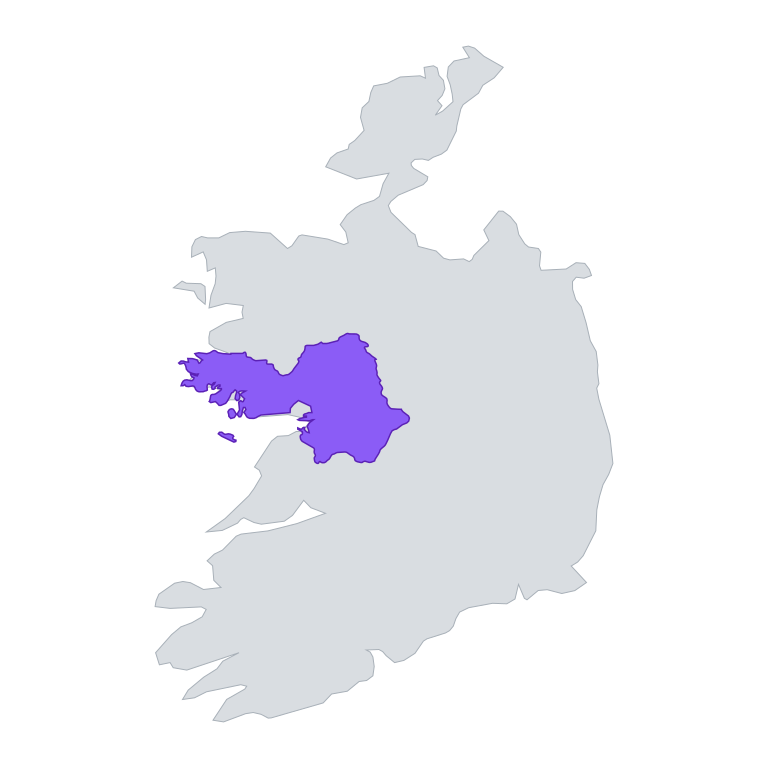 location of Galway within Ireland
{"feature_id": "IRL-713", "entity_name": "Galway", "entity_type": "County", "adm_level": 1, "iso_a3": "IRL", "parent_name": "Ireland", "parent_adm1": "", "projection": "albers", "projection_center": [-9.136, 53.343], "detail": "fine", "context": "in_parent", "style": "filled", "palette": "violet", "viewbox_px": 768, "rotation_deg": 0, "n_neighbors": 0, "source": "natural_earth", "source_scale": "10m", "svg_char_len": 9769}
<svg xmlns="http://www.w3.org/2000/svg" viewBox="0 0 768 768"><path d="M478.5,93.2L463.1,104.7L460.8,109.0L456.8,126.1L456.3,131.0L446.9,150.1L441.4,154.1L433.1,157.3L428.4,160.4L422.4,159.0L414.8,159.4L411.1,162.9L411.3,165.4L413.7,168.4L427.8,176.8L427.1,180.5L423.2,184.6L398.2,195.2L390.8,201.5L388.3,205.6L391.0,212.4L411.5,232.4L415.0,234.6L418.2,246.4L436.1,251.0L443.6,258.2L449.9,259.9L463.6,258.9L469.2,261.6L472.2,259.4L473.9,255.4L488.9,240.6L483.8,229.9L498.7,211.1L503.0,211.2L510.3,216.6L516.5,224.2L518.8,234.6L524.7,243.8L528.5,247.0L538.4,248.5L540.8,252.1L539.5,265.8L541.1,270.3L566.2,269.0L576.0,262.7L584.8,263.4L589.3,269.3L591.5,275.5L584.1,278.2L576.2,277.2L572.5,281.5L572.6,289.4L575.7,299.6L581.2,306.6L586.1,322.8L590.3,340.8L596.2,351.5L597.9,365.1L597.4,371.8L598.9,383.7L596.7,388.1L598.9,399.3L609.8,435.2L612.9,463.5L608.7,474.4L603.0,484.7L599.4,496.8L596.8,509.9L595.8,530.8L583.2,555.7L577.7,562.0L571.2,566.0L586.5,582.5L574.8,590.6L561.8,593.5L547.2,589.7L538.2,590.5L527.0,599.8L524.4,598.3L518.5,584.4L515.0,599.0L506.8,603.8L492.5,603.3L468.7,607.7L459.6,612.1L455.9,618.6L453.3,626.1L449.6,630.6L445.4,633.0L427.0,638.8L423.4,641.1L415.0,653.3L403.9,660.4L394.6,662.6L386.2,655.7L382.7,651.6L378.9,649.5L366.2,650.0L370.2,652.1L372.9,657.0L374.2,666.5L372.9,675.8L366.6,680.5L359.1,681.5L347.3,691.2L331.6,694.0L323.2,702.9L271.2,717.9L268.2,718.1L261.0,714.3L253.2,712.5L245.5,713.7L223.6,721.9L213.0,720.2L226.7,699.4L244.8,689.1L246.7,686.2L240.8,684.7L206.5,691.8L194.5,697.8L182.5,699.5L188.2,690.1L203.7,677.2L217.0,668.8L222.8,661.2L239.0,652.7L186.8,670.1L173.2,667.7L170.1,662.6L159.4,664.8L155.6,652.7L171.6,634.6L180.8,626.9L191.7,622.8L202.2,616.8L206.2,609.4L201.3,606.9L170.1,608.4L155.1,606.6L156.1,600.7L158.9,594.2L174.6,583.2L182.9,581.5L190.4,582.7L203.5,589.5L221.0,587.5L213.8,580.3L212.6,565.7L207.1,560.8L214.3,554.1L222.5,550.1L236.2,536.2L241.1,534.1L267.9,530.9L296.9,523.6L325.5,513.3L310.8,507.7L303.7,500.3L292.5,515.4L284.3,521.2L261.3,524.2L254.0,522.5L243.8,517.7L240.6,519.5L237.6,523.1L222.3,530.4L206.3,532.0L225.1,518.6L248.8,495.8L254.1,488.5L261.6,475.9L259.3,470.2L254.5,467.0L271.5,441.1L277.5,436.3L288.3,435.6L296.2,431.5L299.7,431.4L302.9,429.9L309.8,422.1L299.1,417.1L288.0,414.6L253.8,417.2L249.3,416.6L245.0,414.2L242.3,410.7L240.3,401.9L237.8,399.9L230.1,399.8L222.5,402.5L217.2,402.1L212.0,398.2L220.4,389.3L209.7,387.0L198.9,388.7L189.9,385.8L189.7,380.1L193.8,374.5L188.6,369.1L187.5,362.3L193.3,359.0L199.5,360.2L212.2,355.3L228.4,353.0L214.6,348.0L209.1,343.7L208.9,337.2L210.0,331.6L226.2,322.4L243.2,318.4L242.0,312.2L243.3,305.5L226.1,303.4L209.0,308.0L211.0,295.2L215.2,283.7L216.0,276.1L215.3,267.9L207.3,271.3L206.5,259.8L203.2,251.9L191.5,257.2L191.9,246.8L195.4,239.6L201.5,236.5L207.6,237.9L218.8,237.9L229.7,232.6L245.4,231.3L270.3,233.1L287.5,248.5L291.9,245.8L298.8,236.0L302.0,234.9L327.8,239.1L343.9,244.6L348.2,242.8L345.8,232.0L340.2,224.6L347.1,214.7L355.4,208.0L361.0,204.6L373.9,200.4L379.5,196.4L383.1,183.7L388.9,173.2L356.6,179.0L325.7,166.8L330.6,158.0L337.0,152.9L348.2,149.0L349.2,144.4L354.8,140.5L364.1,130.4L360.5,117.4L362.2,107.8L368.9,101.5L370.8,92.5L373.7,85.9L387.3,83.3L400.2,77.0L420.2,75.8L425.5,78.2L424.1,67.4L433.5,65.8L437.2,67.9L439.0,75.5L443.4,80.3L444.9,88.8L442.2,95.4L437.5,100.6L442.0,105.7L435.3,115.2L442.6,111.1L453.0,101.7L452.2,94.2L450.2,84.8L447.1,76.4L448.3,67.0L454.0,61.0L469.4,57.7L462.8,47.2L468.4,46.1L474.6,48.1L483.8,56.2L503.2,67.3L494.2,77.8L482.8,85.3L478.5,93.2ZM205.6,299.4L205.1,304.3L197.7,298.0L194.1,291.2L173.4,287.8L182.1,281.1L186.3,283.2L200.9,283.7L205.0,286.5L205.6,299.4Z" fill="#d9dde1" stroke="#a8b0b8" stroke-width="1"/><path d="M302.2,432.5L302.2,431.6L297.8,429.2L297.8,427.9L300.2,429.0L301.6,429.2L302.8,427.8L304.0,427.3L304.8,427.5L304.2,429.2L305.3,430.6L306.4,431.7L307.7,432.4L309.2,432.7L308.3,429.2L307.8,427.9L307.1,426.8L308.4,424.2L310.0,422.3L313.5,419.7L312.4,419.7L310.4,420.5L309.5,420.8L299.3,420.4L297.8,419.7L299.7,418.6L304.4,417.4L306.4,417.2L306.4,416.1L303.5,416.1L303.5,415.0L304.4,414.1L307.1,413.3L308.5,412.6L311.9,412.6L310.6,406.2L298.4,400.5L293.7,404.3L290.4,408.3L290.1,412.6L261.0,415.0L257.7,416.6L256.1,417.7L253.8,418.4L249.5,418.3L247.3,417.3L246.1,415.7L245.3,414.0L243.9,412.5L245.9,409.5L245.1,407.5L243.4,407.5L242.4,410.7L241.9,414.5L240.7,416.7L239.1,416.9L237.5,414.8L237.5,413.5L239.5,410.0L238.7,402.1L240.8,400.7L242.1,401.6L242.9,401.7L243.3,401.4L244.0,399.8L244.3,399.4L244.6,398.8L240.4,394.6L241.5,393.3L245.4,391.1L241.7,390.9L239.9,391.2L238.3,392.3L239.6,394.3L239.8,397.3L238.9,399.8L236.9,400.6L235.1,398.7L235.6,395.5L236.6,392.4L236.6,391.0L236.0,390.7L235.6,390.1L235.1,389.8L234.5,390.4L233.1,392.2L231.8,392.8L230.9,394.1L229.8,396.8L227.3,401.2L225.7,403.3L220.8,405.4L219.1,405.4L217.4,403.4L215.4,401.6L210.8,402.6L209.2,401.5L209.7,400.8L210.2,398.6L210.5,396.6L210.8,395.4L211.6,394.7L212.5,394.4L213.9,394.4L215.6,393.9L219.8,391.1L221.4,389.6L221.4,388.6L217.8,388.5L217.8,387.2L220.0,386.2L220.0,385.0L218.5,385.0L217.3,385.5L215.0,387.2L215.1,388.4L213.7,389.3L212.1,389.1L211.6,387.2L212.1,385.6L214.2,384.2L215.1,382.5L213.7,382.7L212.9,383.6L212.2,384.5L211.2,384.9L210.3,384.6L209.4,383.9L208.5,383.8L207.3,384.9L207.0,386.6L207.2,388.5L207.3,390.1L206.1,390.8L205.0,391.0L203.2,391.7L199.1,391.8L197.8,391.4L196.6,390.7L195.5,389.2L194.9,387.6L194.2,386.4L192.8,385.9L188.6,386.6L186.1,386.3L184.7,384.6L183.8,385.4L183.0,385.7L181.1,385.7L182.0,383.0L183.2,381.1L184.7,380.1L186.9,379.8L190.8,380.7L192.4,380.5L193.9,378.8L193.9,377.5L192.7,377.3L191.8,376.7L191.0,375.5L190.5,373.9L192.7,374.4L195.2,375.5L197.3,375.9L198.2,374.0L196.2,374.2L192.3,373.4L188.4,371.7L186.3,369.1L186.2,368.0L185.7,366.0L184.8,364.0L183.9,363.1L180.9,363.9L179.7,364.0L178.7,363.0L181.1,361.0L183.5,361.1L185.9,361.9L188.5,362.1L188.3,361.3L188.0,359.3L187.8,358.5L192.4,358.6L197.0,359.9L197.5,360.6L199.0,363.3L200.0,362.9L201.5,360.7L202.6,360.0L196.4,355.7L194.9,353.6L198.8,352.8L206.8,353.7L209.7,352.9L213.3,350.7L214.7,350.6L215.8,351.0L217.9,352.6L222.8,353.6L230.8,354.2L230.9,353.4L242.2,353.4L243.0,353.2L243.9,352.5L244.5,352.3L245.2,352.3L245.8,353.1L246.0,353.8L246.3,356.0L246.5,356.5L247.0,356.9L247.5,357.1L250.4,357.5L250.8,357.7L251.4,358.2L252.5,359.3L254.7,360.4L255.9,360.7L265.7,360.0L266.8,360.4L266.9,361.0L266.9,361.6L266.6,362.9L266.7,363.4L267.0,363.9L267.8,364.1L271.7,364.1L272.6,364.5L273.2,365.0L273.5,367.0L273.8,367.7L274.2,368.7L274.9,369.7L275.8,370.3L277.3,371.0L277.7,371.4L278.1,372.0L278.8,373.6L279.6,374.4L280.6,374.9L282.4,375.6L283.2,375.7L286.5,374.8L287.3,374.8L288.1,374.6L289.1,374.1L291.5,372.1L292.4,371.2L294.1,368.5L298.2,363.2L298.7,362.0L298.9,361.1L298.2,360.1L298.0,359.6L298.0,359.0L298.4,358.4L299.0,358.0L300.1,357.5L300.8,357.0L301.2,356.0L301.3,355.2L301.7,354.3L303.6,352.1L304.2,351.2L304.6,350.4L305.0,348.5L305.2,346.3L305.8,345.8L306.9,345.4L313.7,345.4L318.0,344.2L321.2,342.2L322.8,343.5L326.7,343.5L329.0,343.1L329.5,342.9L337.6,340.8L338.4,340.0L338.7,339.5L339.0,338.2L339.6,337.5L340.5,336.9L343.9,335.3L346.3,333.8L347.2,333.5L348.0,333.5L349.2,333.9L356.2,334.0L356.8,334.2L357.5,334.5L358.4,335.1L358.9,335.6L359.1,336.3L359.1,337.9L359.3,339.1L359.8,340.1L360.7,340.9L361.7,341.4L364.4,342.2L365.3,342.5L367.2,343.8L367.7,344.3L368.0,344.8L368.2,345.3L368.2,345.8L368.0,346.3L367.5,346.6L365.4,346.8L364.8,347.0L364.5,347.3L364.4,347.9L365.5,349.5L365.8,350.1L366.0,350.8L366.3,351.6L366.9,352.4L369.4,353.8L371.9,356.1L375.7,358.7L376.1,359.3L375.3,359.5L374.9,359.7L374.8,360.3L374.9,360.9L376.3,364.2L376.6,365.5L376.6,366.0L376.2,367.8L376.1,368.5L376.2,369.2L376.8,371.1L377.0,372.2L377.1,372.9L376.9,374.2L377.0,374.9L377.6,376.2L379.2,378.6L380.3,379.9L380.6,380.3L380.7,380.7L380.5,381.1L379.7,381.9L379.5,382.5L379.6,383.3L380.0,384.2L381.5,386.1L381.9,386.8L382.4,387.9L382.5,388.5L382.4,389.1L381.6,390.7L381.2,391.8L381.1,392.6L381.2,393.4L381.5,394.6L382.3,395.4L383.2,396.1L385.1,397.3L386.0,398.0L386.7,398.6L387.0,399.7L387.1,400.2L386.9,402.6L387.1,403.6L387.6,404.8L389.0,406.8L389.8,407.7L390.6,408.4L391.7,408.8L397.7,409.2L401.4,409.3L401.5,409.9L402.9,411.7L408.5,416.0L409.4,418.1L408.7,421.1L406.8,422.9L402.4,424.7L396.6,429.0L394.3,429.6L392.1,430.8L390.5,433.6L387.6,440.4L386.0,443.7L385.2,445.1L384.1,446.3L381.3,448.6L380.4,449.6L379.9,450.4L379.6,451.7L378.3,454.2L375.1,459.2L374.6,460.9L370.9,462.3L369.2,462.4L365.0,461.2L364.0,461.4L363.1,461.8L362.0,462.5L360.8,462.5L357.2,461.7L355.4,460.8L354.8,459.8L354.6,458.6L354.1,457.3L352.9,456.2L350.5,455.0L347.0,452.5L345.9,452.1L344.6,452.0L337.2,452.5L336.1,452.9L334.3,453.9L332.5,454.4L331.9,454.8L331.2,455.7L330.6,456.7L330.0,457.8L329.4,458.8L329.0,459.2L327.2,460.5L325.8,461.9L324.5,462.6L323.5,462.7L322.3,462.7L321.5,462.5L320.8,462.1L320.0,461.5L319.5,461.6L319.1,462.0L318.8,462.7L318.1,463.4L317.6,463.4L317.0,463.3L315.5,462.4L315.0,461.9L314.6,460.8L314.3,458.9L314.2,458.0L314.4,457.5L315.3,456.1L315.4,455.5L315.3,455.0L315.1,454.4L314.5,453.4L314.3,452.8L314.2,452.1L314.2,451.4L314.4,450.1L314.4,449.5L314.3,448.8L314.0,448.3L313.6,447.9L302.3,441.4L301.6,440.7L301.3,440.3L300.7,439.3L300.4,438.1L300.3,437.4L300.2,436.7L300.3,436.0L300.5,435.4L300.8,435.0L302.0,434.5L302.3,434.1L302.4,433.8L302.5,432.7L302.2,432.5ZM235.2,440.2L235.5,440.0L236.0,440.2L235.8,441.5L233.9,442.1L221.7,436.3L218.3,433.8L219.4,432.3L221.8,432.2L224.5,434.2L225.7,434.3L228.3,433.8L230.2,434.1L232.9,435.2L233.7,436.4L232.7,437.7L232.8,438.8L235.2,440.2ZM233.9,410.1L236.4,414.3L234.3,417.5L230.8,418.5L228.9,416.4L228.6,413.9L228.1,412.6L228.0,411.6L229.0,410.0L230.2,409.1L231.7,408.8L233.0,409.1L233.9,410.1Z" fill="#8b5cf6" stroke="#5b21b6" stroke-width="1.5"/></svg>